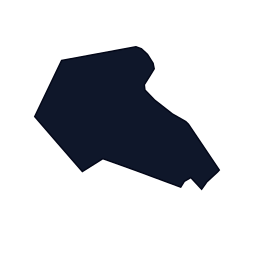 outline of Al-Hasna, Shamal Sina', Egypt, rotated 229°
{"feature_id": "37247803B43495383669597", "entity_name": "Al-Hasna", "entity_type": "district", "adm_level": 2, "iso_a3": "EGY", "parent_name": "Egypt", "parent_adm1": "Shamal Sina'", "projection": "equal_earth", "projection_center": [33.353, 30.276], "detail": "fine", "context": "isolated", "style": "filled", "palette": "ink", "viewbox_px": 256, "rotation_deg": 229, "n_neighbors": 0, "source": "geoboundaries", "source_scale": "gbopen_adm2", "svg_char_len": 491}
<svg xmlns="http://www.w3.org/2000/svg" viewBox="0 0 256 256"><g transform="rotate(229 128 128)"><path d="M36.4,169.3L91.2,176.1L95.0,175.8L109.5,170.7L131.7,166.4L145.6,165.7L150.0,168.7L153.1,179.0L155.5,186.6L160.4,189.4L165.6,190.2L170.8,191.0L179.0,190.1L184.1,187.3L222.5,122.2L197.8,65.1L163.2,65.0L125.1,65.0L121.4,88.9L91.1,105.9L48.8,129.0L50.8,135.5L49.4,142.9L33.5,143.4L35.3,150.9L35.6,151.8L36.1,167.0L36.4,169.3Z" fill="#0f172a" stroke="#020617" stroke-width="1.5"/></g></svg>